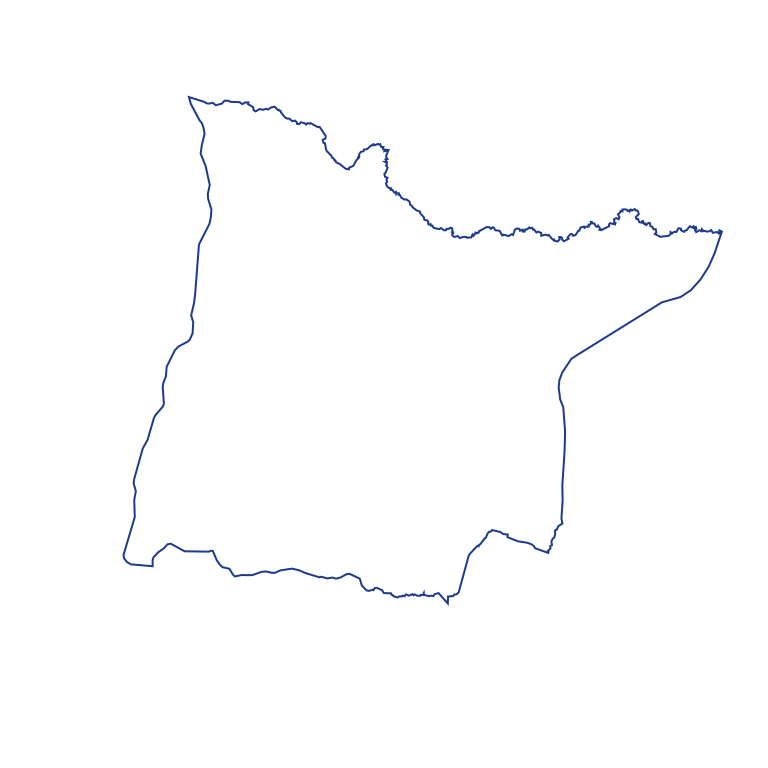 the district of Phanom Dong Rak, Surin, Thailand, rotated 108°
{"feature_id": "78962969B88095074466781", "entity_name": "Phanom Dong Rak", "entity_type": "district", "adm_level": 2, "iso_a3": "THA", "parent_name": "Thailand", "parent_adm1": "Surin", "projection": "albers", "projection_center": [103.261, 14.433], "detail": "fine", "context": "isolated", "style": "outline", "palette": "blue", "viewbox_px": 768, "rotation_deg": 108, "n_neighbors": 0, "source": "geoboundaries", "source_scale": "gbopen_adm2", "svg_char_len": 6166}
<svg xmlns="http://www.w3.org/2000/svg" viewBox="0 0 768 768"><g transform="rotate(108 384 384)"><path d="M171.4,658.2L177.4,654.2L190.1,641.0L192.3,637.8L195.8,635.0L201.7,631.9L213.0,631.1L221.5,629.6L232.0,620.9L248.6,611.2L257.7,610.3L262.2,608.5L271.3,602.1L278.3,600.3L285.7,599.5L308.4,603.1L356.0,591.6L365.6,589.7L378.3,588.6L384.3,584.5L395.0,581.7L401.7,582.4L404.1,583.6L411.8,591.0L416.5,593.3L434.7,596.0L444.2,593.8L452.1,594.2L455.3,593.5L470.9,587.2L473.6,587.3L484.2,591.7L487.7,592.3L510.2,591.6L519.9,593.5L552.1,592.2L555.9,591.4L562.6,586.9L571.5,585.7L587.6,579.9L627.1,578.9L630.3,577.2L632.8,573.3L633.7,568.9L628.8,547.7L623.1,549.6L620.2,549.7L613.9,546.8L608.8,542.9L603.3,540.3L601.8,537.4L604.7,521.9L597.6,498.9L595.8,496.6L595.8,495.1L603.3,488.6L606.5,484.4L608.1,481.1L607.5,473.9L612.0,468.7L613.1,466.3L609.8,460.6L606.5,450.2L600.4,442.3L598.7,438.1L598.2,432.0L597.2,429.3L593.3,425.0L588.0,414.4L587.4,406.8L588.1,400.2L587.8,385.6L586.7,384.2L586.4,377.7L584.0,373.2L584.0,369.5L581.5,365.6L576.3,360.7L575.2,358.0L576.6,346.9L582.5,342.8L585.7,336.7L585.4,334.4L583.1,331.1L583.3,330.3L580.8,329.6L580.1,327.9L580.7,322.1L582.9,319.6L580.9,312.6L582.2,311.6L582.2,309.8L582.9,309.4L582.8,305.1L581.3,303.8L580.4,301.2L579.5,300.9L579.5,298.9L577.3,298.1L577.6,294.9L575.1,292.0L575.8,290.7L574.6,289.7L575.1,287.1L574.1,283.9L573.0,283.6L572.7,281.7L570.6,281.5L572.2,280.8L571.9,275.6L570.8,273.9L570.5,271.5L568.4,271.0L566.0,267.5L573.0,255.5L566.4,257.4L564.3,252.7L562.5,252.1L561.6,250.0L559.0,248.6L521.2,250.4L519.1,249.9L509.5,245.4L509.1,244.0L508.4,244.4L506.4,242.8L499.8,240.6L499.0,239.7L493.7,239.2L491.8,238.1L491.5,236.9L489.5,236.1L488.8,227.4L489.9,224.3L488.9,219.8L491.5,219.2L492.2,208.1L490.7,198.6L490.9,194.1L491.9,191.2L493.5,189.6L493.9,175.6L492.8,175.7L492.2,176.6L489.0,174.8L487.0,175.9L485.2,174.5L482.2,176.1L479.2,175.8L477.3,174.6L473.2,174.9L471.2,176.1L469.5,175.6L469.1,174.6L465.4,174.4L461.6,171.2L457.0,173.7L439.7,178.1L425.2,183.1L393.2,191.2L373.4,197.0L350.6,206.4L344.2,211.7L333.6,216.7L326.1,218.4L317.9,218.0L302.1,213.6L296.9,209.4L220.4,144.9L209.6,128.8L199.9,121.1L187.1,115.4L172.3,111.5L157.7,110.0L134.6,109.8L134.3,112.5L137.0,111.5L137.5,111.9L136.5,114.1L138.6,118.0L136.5,120.3L138.3,121.8L139.4,124.5L139.1,125.8L139.9,127.4L138.6,129.5L140.6,129.2L140.3,131.6L143.1,134.0L141.6,135.7L139.9,134.9L138.2,136.0L138.6,136.8L140.3,136.6L139.9,138.0L138.6,138.6L140.0,139.6L139.4,141.8L144.2,143.7L145.0,145.0L146.6,145.6L146.0,149.0L144.5,149.5L144.9,152.1L149.0,152.8L149.6,155.1L151.6,156.5L151.0,158.3L152.8,157.7L155.1,159.1L158.6,166.7L157.6,172.8L155.8,171.8L152.8,173.4L153.6,175.4L151.7,177.2L151.5,179.4L148.9,180.7L149.0,182.3L151.8,183.6L151.5,185.1L150.0,184.8L151.2,185.8L151.1,186.6L149.0,187.9L149.5,188.9L150.9,188.7L151.2,191.2L148.5,193.5L149.0,194.7L148.2,195.8L147.1,196.0L143.8,194.2L141.5,195.6L140.7,197.1L141.2,198.1L140.2,199.6L142.4,201.8L141.8,203.0L143.9,203.7L143.0,204.6L144.2,205.7L143.2,207.1L143.6,209.6L144.4,211.2L146.2,210.6L146.3,212.3L148.5,212.6L150.3,214.0L152.4,211.7L154.8,211.7L154.4,214.3L156.4,216.2L159.5,214.4L159.4,213.6L160.6,213.6L159.9,215.0L161.0,215.1L161.1,218.7L162.6,219.3L164.3,218.6L170.6,224.9L170.7,226.7L169.5,226.3L167.2,229.4L168.7,230.0L168.7,231.1L166.4,233.4L166.8,234.9L165.7,236.3L166.0,237.3L166.9,236.7L168.6,237.2L169.2,238.6L171.1,237.9L171.8,240.2L173.5,241.6L172.5,242.5L174.5,245.5L177.8,245.6L178.3,246.6L183.1,247.8L184.6,250.0L183.4,251.4L183.8,253.0L188.1,254.7L188.9,253.4L192.6,256.9L191.6,259.2L190.0,259.9L189.6,261.3L190.1,262.7L192.1,261.6L194.8,262.9L195.1,266.6L194.0,266.9L194.5,268.3L191.3,273.5L192.2,274.4L192.1,276.8L194.4,280.2L191.7,281.2L191.5,284.6L192.8,285.9L190.6,289.1L191.1,290.0L189.6,291.3L190.8,292.9L190.3,294.4L192.7,295.6L193.2,297.2L194.3,297.2L194.6,298.0L195.7,297.6L196.1,299.2L194.5,300.0L196.2,302.0L194.6,303.2L195.1,305.7L196.7,307.2L202.4,307.3L202.2,309.0L204.8,311.2L204.9,315.1L206.0,317.3L205.3,317.3L205.6,318.2L202.6,321.3L203.4,325.7L201.2,328.0L201.6,329.3L203.5,330.4L202.3,332.1L203.1,335.0L209.6,341.0L210.7,340.7L211.6,341.6L211.7,343.4L212.4,343.1L212.8,344.0L215.4,344.6L214.5,346.0L217.7,346.4L219.2,350.3L218.7,351.0L219.8,354.6L221.8,356.9L220.5,359.7L222.4,362.3L221.7,364.9L220.2,365.5L219.1,364.8L218.5,366.3L217.8,365.8L214.9,367.3L214.9,369.3L216.0,369.8L217.3,372.6L218.4,372.4L219.3,374.2L218.1,378.2L219.6,379.2L220.2,384.6L219.4,386.4L218.4,386.8L218.7,388.4L217.6,389.1L218.6,390.8L217.7,391.7L216.2,391.8L215.0,393.6L215.4,395.5L214.8,396.9L213.3,397.3L210.5,402.2L208.8,403.3L208.9,406.3L207.3,410.9L205.6,413.1L205.5,414.4L202.6,416.2L201.5,419.8L202.3,421.5L201.5,425.0L199.6,427.0L199.5,428.5L198.1,428.7L198.6,430.6L199.6,431.0L197.7,431.9L198.8,433.2L196.8,436.0L197.3,437.7L195.7,437.9L196.0,439.9L195.3,442.0L192.8,444.1L190.5,443.5L188.8,444.9L186.8,444.4L186.6,447.1L184.0,448.6L182.2,447.7L176.9,447.5L175.6,449.6L174.4,449.0L172.7,450.1L172.4,451.5L171.9,450.0L169.9,452.0L169.0,450.3L167.6,452.0L165.6,452.5L160.1,452.0L160.6,453.7L161.4,453.7L162.4,455.4L160.7,455.2L161.2,457.0L160.4,457.9L158.8,457.8L159.4,459.9L157.1,461.7L157.8,462.5L157.5,463.9L159.6,466.3L159.2,468.2L160.6,468.3L160.9,469.8L165.9,472.7L167.2,475.5L169.0,475.4L170.4,477.8L173.5,478.7L175.0,477.9L176.3,478.6L176.6,477.8L179.6,479.4L186.0,480.6L189.1,484.0L190.7,483.7L191.2,486.7L188.5,493.9L188.0,498.0L186.3,499.4L186.6,500.1L184.9,501.9L184.8,503.4L183.5,504.2L179.8,510.9L173.2,514.7L173.4,516.0L170.8,517.8L168.7,515.6L166.2,516.0L159.4,524.7L160.1,526.4L158.6,534.7L159.4,535.2L159.5,537.3L161.3,538.3L160.5,539.6L160.8,544.0L163.0,544.9L163.4,547.2L162.1,547.8L161.0,549.9L162.4,552.6L160.8,556.1L161.5,558.0L161.0,560.6L157.5,566.0L156.1,566.9L156.4,568.2L155.7,568.8L156.2,569.7L154.1,573.6L155.7,576.7L158.8,579.2L158.7,581.2L160.5,583.5L160.9,587.2L164.4,590.3L163.9,592.6L161.2,594.0L159.8,599.9L158.1,599.9L159.1,602.9L161.6,605.3L160.6,608.5L163.1,617.3L162.7,619.3L163.8,623.2L167.5,624.9L170.8,630.1L169.5,633.8L171.4,637.1L171.9,639.7L171.2,642.2L171.4,658.2Z" fill="none" stroke="#1e3a8a" stroke-width="2"/></g></svg>